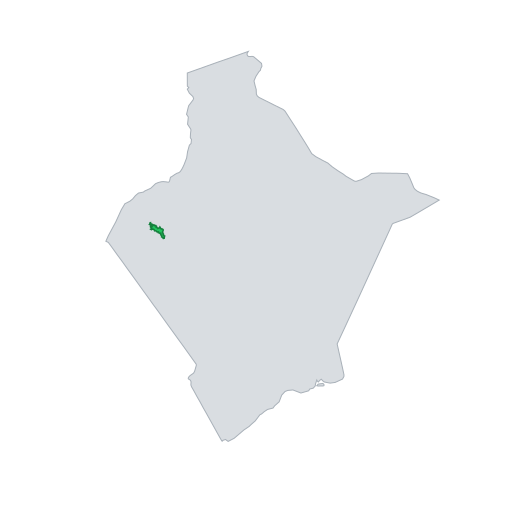 location of Muhoroni, Nyanza, Kenya, rotated 25°
{"feature_id": "3690345B3784519095047", "entity_name": "Muhoroni", "entity_type": "district", "adm_level": 2, "iso_a3": "KEN", "parent_name": "Kenya", "parent_adm1": "Nyanza", "projection": "orthographic", "projection_center": [35.071, -0.126], "detail": "fine", "context": "in_parent", "style": "filled", "palette": "green", "viewbox_px": 512, "rotation_deg": 25, "n_neighbors": 0, "source": "geoboundaries", "source_scale": "gbopen_adm2", "svg_char_len": 5387}
<svg xmlns="http://www.w3.org/2000/svg" viewBox="0 0 512 512"><g transform="rotate(25 256 256)"><path d="M113.7,306.1L113.6,300.0L114.5,284.5L114.4,270.9L115.1,264.0L118.5,259.7L120.1,256.5L121.2,252.2L122.9,248.6L126.9,245.7L127.7,244.1L131.9,239.2L134.4,232.9L136.3,230.8L138.7,228.8L140.4,227.8L143.2,226.8L145.4,226.2L145.8,225.7L146.0,224.7L145.2,220.8L146.2,219.5L147.7,216.9L149.3,214.5L150.9,213.0L151.7,211.4L152.1,208.7L152.2,206.7L152.2,203.6L151.7,196.4L149.9,190.4L148.8,183.7L149.6,181.5L148.2,177.5L147.5,177.3L146.4,176.4L144.9,172.7L143.8,169.3L143.1,168.5L138.3,165.5L135.9,158.6L133.2,157.0L131.8,150.1L131.5,148.1L133.0,141.2L132.9,139.6L131.3,138.1L126.8,136.6L123.2,133.8L123.6,132.8L123.9,131.7L122.0,131.1L116.4,119.2L123.6,112.1L130.9,104.9L140.1,95.8L148.7,87.5L156.0,80.3L162.6,73.8L162.4,75.1L162.4,76.7L163.3,77.7L164.6,78.4L166.5,77.7L168.1,76.7L169.7,76.4L179.6,79.1L181.2,81.5L181.1,84.0L181.5,85.8L180.8,87.6L180.0,93.2L180.2,98.2L183.2,102.0L185.8,105.0L187.9,109.1L189.5,110.4L191.6,111.0L198.4,111.2L208.5,111.5L218.1,111.7L219.0,111.8L221.0,112.4L229.9,118.0L238.1,123.1L245.0,127.6L251.7,131.9L258.2,136.2L263.3,139.7L268.2,140.7L276.3,141.2L281.9,141.4L287.1,142.9L294.7,144.2L300.5,144.9L303.9,145.7L313.5,146.5L315.1,146.1L319.3,142.2L324.0,135.9L325.8,132.4L332.0,129.0L342.7,124.2L350.2,120.8L358.6,117.4L362.4,120.3L367.7,125.1L370.1,127.4L372.0,128.4L374.9,129.1L378.4,129.2L380.3,129.0L384.1,128.4L393.2,127.9L398.4,127.9L394.1,134.2L388.9,141.8L379.3,155.7L372.0,163.0L366.5,168.5L366.0,169.5L366.1,175.7L366.2,190.7L366.4,220.9L366.6,251.1L366.7,281.3L366.7,296.4L366.7,301.4L371.6,307.8L376.4,314.0L382.7,322.2L386.0,326.6L386.6,328.1L386.4,331.0L381.2,337.1L376.9,339.9L371.2,341.3L369.5,341.0L367.2,340.1L366.4,341.6L365.7,343.9L364.4,343.4L363.5,342.7L364.0,346.8L364.6,348.8L363.7,351.6L360.9,353.9L360.7,355.9L354.6,361.2L346.1,361.8L341.6,364.4L339.6,366.5L338.1,371.2L338.6,378.4L336.2,383.9L335.7,386.6L331.3,390.2L329.3,393.5L327.8,396.8L326.6,398.3L325.0,405.8L323.0,410.3L322.4,411.8L321.9,413.2L320.3,415.9L319.2,417.7L318.5,418.9L313.2,430.5L309.1,435.8L305.9,435.2L303.8,437.2L303.6,438.2L302.5,437.6L299.8,435.7L294.4,431.8L288.9,427.8L283.5,423.9L278.0,419.9L272.5,416.0L267.1,412.0L261.6,408.1L256.2,404.1L252.9,401.8L251.5,400.4L250.4,397.7L249.9,397.0L248.4,396.1L246.7,396.0L246.2,395.4L246.2,394.1L246.8,392.2L248.9,388.6L249.1,386.5L248.7,384.0L248.1,380.2L247.5,379.3L243.9,377.3L236.3,373.0L228.7,368.7L221.1,364.5L213.4,360.2L205.8,356.0L198.2,351.7L190.6,347.4L182.9,343.2L175.3,338.9L167.7,334.7L160.1,330.4L152.4,326.1L144.8,321.9L137.2,317.6L129.5,313.4L121.9,309.1L119.0,307.5L116.4,306.1L113.7,306.1ZM367.2,347.6L365.9,347.9L366.5,345.8L370.5,343.2L372.0,343.8L372.3,344.4L372.3,344.9L371.6,345.5L367.2,347.6Z" fill="#d9dde1" stroke="#a8b0b8" stroke-width="1"/><path d="M164.6,279.2L164.8,278.9L165.1,278.8L165.3,278.7L165.0,277.6L164.9,277.3L164.8,277.1L164.8,276.5L164.6,276.5L163.6,276.5L163.0,275.4L162.9,275.4L162.8,275.5L162.7,275.6L162.1,274.5L161.4,274.5L161.1,274.1L161.1,272.6L161.1,272.4L160.9,271.6L160.7,271.5L160.7,271.4L160.4,271.2L160.2,271.2L159.9,271.1L159.7,271.2L159.4,271.2L159.2,271.2L159.1,271.3L158.9,271.3L158.7,271.4L158.7,271.5L158.4,271.5L158.3,271.4L158.2,271.4L156.8,270.4L156.6,270.3L156.6,270.5L156.7,270.8L156.7,271.0L156.4,271.2L156.4,271.4L156.4,271.5L156.3,271.8L156.2,271.8L155.9,272.0L155.7,272.1L155.4,272.5L155.2,272.3L155.2,272.2L153.2,272.1L153.3,271.2L153.2,271.2L152.6,270.9L152.6,271.0L152.2,271.0L151.7,271.3L151.6,271.2L151.4,271.1L151.4,271.3L151.2,271.3L150.6,271.5L150.2,271.5L150.1,271.4L150.2,271.1L149.7,271.2L149.1,271.1L148.7,271.1L146.8,271.2L146.1,270.9L146.2,270.7L146.2,270.4L146.0,270.5L146.0,270.8L146.0,271.0L146.1,271.4L146.3,271.5L146.2,271.7L146.2,271.8L146.3,271.8L146.2,271.9L146.2,272.0L146.3,272.0L146.3,272.3L146.2,272.5L149.4,272.7L149.4,272.8L149.2,272.9L149.2,273.1L148.9,273.0L148.7,273.1L148.6,273.3L148.5,273.2L148.4,273.1L148.2,273.1L148.0,273.4L148.0,273.5L148.0,273.8L147.9,274.0L148.2,274.4L148.5,274.4L148.9,274.5L149.2,274.7L149.4,274.7L149.5,274.7L149.5,274.9L149.4,274.9L149.5,275.0L149.6,275.3L149.5,275.6L149.2,276.1L149.3,276.1L149.5,276.1L149.6,275.9L149.7,276.0L149.7,276.3L149.9,276.3L150.1,276.3L150.1,276.2L150.2,275.9L150.3,275.9L150.4,275.7L150.5,275.7L150.8,275.5L150.9,275.4L151.0,275.4L151.3,275.3L151.5,275.5L151.6,275.9L151.7,275.5L151.8,275.4L152.0,275.3L152.1,275.2L152.3,275.2L152.2,275.1L152.3,275.1L152.5,275.3L152.8,275.3L153.0,275.4L153.3,275.6L153.4,275.8L153.5,276.0L153.8,275.8L154.2,275.6L154.3,275.6L154.5,275.6L154.9,275.6L155.1,275.5L155.3,275.6L155.5,275.8L155.8,275.8L156.0,275.8L156.1,276.0L156.3,276.0L156.4,275.9L156.7,275.8L156.7,275.7L156.9,275.5L157.0,275.5L157.1,275.4L157.3,275.3L157.5,275.4L157.5,275.5L157.6,275.8L157.7,275.7L157.8,275.8L157.9,276.0L158.0,276.0L158.4,276.0L158.5,276.1L158.9,276.0L159.0,276.0L158.9,276.1L159.0,276.1L159.3,276.0L159.5,276.1L159.6,275.9L159.7,276.0L159.8,276.0L160.1,276.0L160.3,276.1L160.4,276.3L160.6,276.4L160.7,276.5L160.8,276.7L160.8,276.8L160.8,277.1L161.1,277.2L161.3,277.2L161.5,277.3L161.7,277.5L161.8,277.5L162.1,278.0L162.3,278.2L162.4,278.3L162.4,278.5L162.5,278.5L163.0,278.7L163.3,278.7L163.5,278.7L163.8,278.8L164.0,278.8L164.2,279.1L164.3,279.1L164.5,279.1L164.6,279.2Z" fill="#22c55e" stroke="#15803d" stroke-width="1.5"/></g></svg>